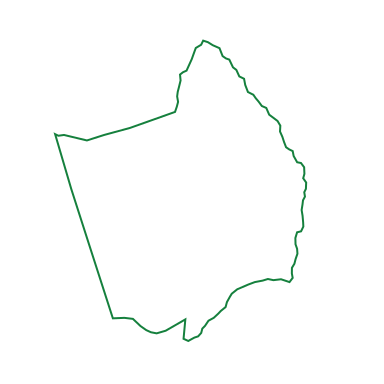 São João do Caiuá, Paraná, Brazil, rotated 342°
{"feature_id": "56859067B54492092524937", "entity_name": "São João do Caiuá", "entity_type": "district", "adm_level": 2, "iso_a3": "BRA", "parent_name": "Brazil", "parent_adm1": "Paraná", "projection": "natural_earth1", "projection_center": [-52.296, -22.832], "detail": "fine", "context": "isolated", "style": "outline", "palette": "green", "viewbox_px": 384, "rotation_deg": 342, "n_neighbors": 0, "source": "geoboundaries", "source_scale": "gbopen_adm2", "svg_char_len": 1442}
<svg xmlns="http://www.w3.org/2000/svg" viewBox="0 0 384 384"><g transform="rotate(342 192 192)"><path d="M256.9,307.8L261.2,304.8L261.8,300.3L263.6,295.0L267.2,291.9L269.8,287.8L273.2,283.3L274.4,278.5L274.3,273.7L276.1,267.7L279.5,262.8L283.6,263.1L287.2,259.3L288.3,255.3L289.8,248.8L290.7,243.0L293.3,237.9L295.0,234.2L298.0,231.3L298.7,226.9L301.3,224.2L303.5,218.3L302.0,213.3L304.5,209.5L306.3,203.1L304.6,198.1L301.2,196.2L299.8,189.2L300.4,184.2L297.6,181.5L295.3,178.5L295.0,172.9L295.0,167.5L294.4,161.7L296.5,156.2L295.3,150.9L289.3,142.3L288.6,135.0L285.0,131.8L283.2,126.4L281.6,122.5L280.4,118.5L276.1,114.2L275.7,106.6L276.5,100.4L272.7,96.7L271.9,89.6L269.5,86.1L268.4,77.6L265.6,75.5L263.1,72.2L262.6,63.7L257.1,58.8L253.4,54.4L249.4,51.5L246.2,54.8L240.1,56.2L237.2,59.9L232.8,65.6L224.3,74.9L220.5,75.3L216.9,76.6L215.6,82.4L211.7,88.7L209.4,92.3L207.4,96.5L206.6,102.0L203.9,106.2L200.6,110.6L152.7,111.9L126.1,110.6L108.0,110.5L87.9,98.2L82.3,97.2L79.7,94.7L78.1,151.8L77.9,208.6L77.7,287.7L88.8,290.8L96.6,294.4L101.6,303.6L105.8,309.2L109.6,312.7L114.7,315.5L124.1,315.8L146.3,311.1L138.6,329.0L142.4,332.5L149.3,331.2L153.2,331.2L157.2,328.9L159.6,325.1L162.9,323.4L167.9,319.5L173.8,318.4L179.4,315.8L182.7,314.0L188.4,311.8L191.2,307.5L195.6,303.4L198.4,301.0L205.0,298.5L217.0,297.4L223.9,297.1L231.8,298.1L237.3,298.2L242.2,301.0L249.7,302.5L256.9,307.8Z" fill="none" stroke="#15803d" stroke-width="2"/></g></svg>